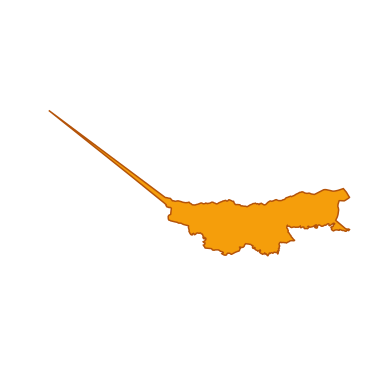 Ndia, Central, Kenya, rotated 288°
{"feature_id": "3690345B479778676508", "entity_name": "Ndia", "entity_type": "district", "adm_level": 2, "iso_a3": "KEN", "parent_name": "Kenya", "parent_adm1": "Central", "projection": "orthographic", "projection_center": [37.226, -0.467], "detail": "fine", "context": "isolated", "style": "filled", "palette": "amber", "viewbox_px": 384, "rotation_deg": 288, "n_neighbors": 0, "source": "geoboundaries", "source_scale": "gbopen_adm2", "svg_char_len": 6170}
<svg xmlns="http://www.w3.org/2000/svg" viewBox="0 0 384 384"><g transform="rotate(288 192 192)"><path d="M235.7,343.4L236.0,342.9L239.5,338.9L242.0,334.9L238.7,330.4L237.0,327.5L236.3,325.7L236.1,322.8L235.7,318.9L235.3,317.5L234.8,316.5L227.5,309.2L227.5,308.8L227.3,308.3L227.3,307.9L227.0,306.1L227.2,304.3L227.0,303.4L226.2,301.8L226.1,301.2L225.9,299.3L226.3,298.2L226.2,297.7L226.3,297.1L225.9,296.1L225.4,295.7L225.3,295.3L225.0,295.0L224.9,294.5L223.5,293.3L222.3,291.9L220.1,290.1L219.6,289.4L218.4,288.2L218.5,287.2L217.5,285.8L216.2,284.3L215.7,283.4L215.0,283.0L213.9,282.5L213.3,282.0L212.8,281.0L211.9,280.2L211.6,279.8L211.1,278.7L210.5,276.8L210.7,274.9L210.7,274.4L210.0,273.4L209.1,272.5L207.8,270.8L207.7,269.3L207.4,268.8L205.5,267.3L202.9,266.0L202.2,265.1L202.0,264.6L202.7,261.3L202.2,260.8L202.0,260.2L201.1,260.0L200.7,259.6L200.8,259.1L201.2,258.6L201.2,258.0L200.6,257.1L201.0,255.8L200.3,254.8L199.9,253.7L198.6,252.5L197.7,251.3L195.2,249.2L195.0,248.8L195.0,247.3L194.5,245.8L194.3,243.8L194.0,243.3L194.0,242.8L194.6,241.6L194.6,241.2L194.1,239.0L193.5,237.5L193.9,236.4L195.2,234.9L195.7,234.7L196.0,234.4L195.6,233.5L195.9,232.3L196.1,230.0L196.0,229.5L195.6,229.2L194.7,228.8L194.3,228.3L194.1,227.7L194.4,226.7L194.3,226.2L193.9,225.8L192.9,224.1L192.1,223.4L191.5,222.5L191.0,222.1L190.4,221.2L188.8,219.9L188.3,219.1L188.3,218.0L188.5,217.5L188.4,216.5L188.7,215.6L188.6,214.4L188.4,213.9L186.9,212.4L186.1,210.8L185.8,210.5L185.9,210.1L185.6,209.1L185.8,208.6L185.1,208.0L184.4,206.8L184.3,206.2L184.5,204.7L184.3,203.9L182.2,201.4L181.5,200.1L180.6,199.0L180.0,196.7L180.0,196.0L180.6,194.7L180.7,193.5L181.4,192.3L180.5,190.9L179.8,189.0L179.4,186.3L179.5,184.6L179.3,181.7L179.0,180.8L178.0,179.0L177.9,178.4L178.0,177.5L177.6,176.0L177.9,175.7L179.2,173.4L179.2,172.9L178.9,171.9L178.8,169.6L178.5,168.6L178.7,167.7L225.3,30.6L189.9,124.9L173.1,168.7L171.9,171.4L171.0,171.5L170.9,172.0L170.2,172.6L170.1,173.0L170.3,173.8L170.1,174.2L170.1,174.7L170.4,175.4L170.3,175.8L170.6,176.3L170.1,177.4L164.2,178.6L163.8,178.3L162.7,177.2L161.5,176.9L160.3,177.3L158.9,177.9L158.1,178.8L158.2,179.7L158.0,180.6L158.1,181.7L158.3,184.7L158.6,187.3L158.3,188.5L158.3,188.9L158.8,190.6L158.9,191.5L158.6,193.0L158.5,194.1L158.8,199.0L158.5,199.3L157.0,199.6L154.7,201.2L153.8,201.2L152.4,202.5L151.3,203.8L151.1,204.5L151.1,205.0L151.3,205.5L151.8,205.5L152.3,205.3L153.1,206.3L152.8,206.8L152.2,207.2L152.2,207.6L152.9,208.5L154.0,208.8L154.7,209.7L154.8,210.6L155.0,211.6L155.7,212.7L155.1,213.9L155.1,214.9L153.8,216.0L153.0,216.4L151.9,216.6L151.3,217.5L151.2,218.0L151.4,218.3L152.0,218.0L152.6,217.9L152.4,219.2L152.0,219.6L151.5,219.8L150.7,219.8L150.1,219.5L149.2,219.1L148.1,218.0L147.8,218.4L147.7,218.9L147.5,219.3L147.5,220.2L146.4,220.3L145.3,219.7L145.0,219.2L144.7,219.4L143.6,221.1L143.1,221.4L142.8,221.9L144.1,227.8L144.0,228.3L143.3,229.2L143.2,229.7L143.4,230.6L143.5,231.1L144.2,232.2L145.0,234.6L145.1,235.1L144.8,236.6L144.4,237.2L144.5,239.3L144.2,240.4L143.8,240.5L142.6,239.4L142.4,239.8L142.0,242.1L142.2,243.2L142.7,244.1L143.0,244.3L143.6,244.3L144.7,244.7L145.1,245.7L145.4,246.9L144.9,248.4L145.1,249.0L147.9,251.7L149.4,253.5L150.4,254.9L150.8,255.1L151.4,255.2L152.6,255.1L153.3,255.5L153.6,255.2L153.8,254.6L154.2,254.3L154.5,254.6L154.6,256.4L154.8,256.9L155.4,257.8L156.6,258.4L157.9,258.4L159.2,258.9L159.5,259.1L159.5,259.5L159.7,260.8L159.9,261.2L160.1,263.1L160.3,264.1L159.8,265.2L159.8,266.2L159.5,266.7L158.8,266.4L158.2,266.5L157.4,267.2L157.3,267.6L157.4,268.1L158.3,268.4L158.6,268.8L158.3,269.2L157.2,269.5L156.9,269.7L156.6,270.8L156.5,272.3L156.1,272.9L157.6,274.3L157.9,274.8L157.5,275.2L156.9,275.3L156.0,274.8L155.6,274.9L154.9,276.5L154.9,277.6L154.6,278.0L154.6,278.4L155.7,279.8L156.4,280.0L156.2,280.5L155.7,280.8L156.2,281.1L156.2,281.5L155.8,281.8L154.8,283.5L155.1,284.0L156.1,283.9L157.0,284.5L157.6,284.4L157.9,284.7L157.8,285.4L158.6,286.0L158.9,286.4L158.9,286.9L158.7,287.5L158.9,288.0L160.1,288.7L160.6,292.0L160.0,292.3L159.7,292.7L160.0,292.9L160.5,292.8L160.8,292.4L161.2,292.7L161.7,292.7L162.0,292.3L162.0,291.7L162.4,291.7L163.1,292.8L163.8,292.7L164.6,291.8L165.1,292.0L165.6,292.4L166.1,292.0L166.8,291.9L167.3,292.1L168.2,291.8L168.5,291.3L169.2,290.9L169.8,290.9L170.9,291.1L171.5,291.6L171.7,292.1L171.5,292.7L172.2,294.3L172.4,295.5L172.7,296.6L172.7,297.6L173.8,298.5L174.9,299.7L175.8,300.3L176.5,301.7L177.1,303.9L177.4,304.3L177.8,304.4L178.2,303.3L179.7,301.1L179.9,300.6L180.2,300.1L181.0,299.6L181.7,298.4L183.1,296.8L183.4,296.0L183.6,295.7L185.0,295.5L185.4,295.0L186.3,294.5L186.9,293.5L187.2,293.2L188.5,292.9L189.0,292.8L189.6,293.0L189.0,293.6L189.4,294.5L189.5,295.6L189.0,296.4L189.0,297.8L190.3,299.7L190.5,301.7L191.0,302.6L191.3,303.9L192.0,304.7L192.5,305.0L193.0,305.5L192.1,305.9L191.8,306.2L191.7,306.7L192.7,307.7L193.1,308.7L193.1,309.3L192.3,309.8L192.0,310.2L192.0,310.7L192.6,311.9L192.7,312.9L192.9,313.3L193.7,313.7L194.4,313.7L194.9,313.4L195.1,312.9L195.4,313.2L195.3,314.1L195.0,314.4L194.9,314.9L195.4,315.9L196.6,317.9L198.7,319.6L199.1,320.2L197.9,320.7L197.5,320.4L197.2,319.8L196.7,319.5L196.2,319.9L196.1,320.4L196.1,321.2L196.2,321.6L196.6,322.1L197.1,322.2L198.8,321.9L199.3,322.1L199.7,322.6L200.0,323.4L199.9,324.1L199.5,325.4L199.5,325.9L199.7,326.5L200.2,327.3L201.1,328.0L201.5,328.4L201.6,329.1L201.9,329.6L203.5,330.7L203.8,331.1L204.0,331.6L203.8,332.2L202.6,332.6L202.5,333.2L202.7,333.6L204.3,334.9L205.7,335.8L206.2,336.7L206.2,337.1L205.9,337.5L205.3,337.3L204.5,336.8L203.9,336.7L202.9,336.8L202.5,336.4L201.9,335.4L201.3,335.1L201.0,335.4L201.0,335.8L200.8,336.1L199.8,336.1L199.3,336.5L198.9,337.6L198.7,338.4L198.9,338.8L199.8,339.6L200.1,340.0L200.8,341.6L200.9,343.2L201.2,343.9L201.8,343.9L202.0,344.4L201.9,347.1L202.3,348.1L202.1,349.2L202.1,350.1L202.3,350.7L203.5,351.2L203.7,352.9L204.9,353.4L205.2,352.6L205.1,352.1L204.7,351.3L204.5,349.5L209.2,338.0L209.5,337.4L213.2,337.9L215.8,337.8L220.3,337.0L221.9,336.2L223.2,335.2L224.4,334.9L225.4,334.7L229.0,334.6L229.3,334.9L229.5,335.3L230.6,339.5L231.4,340.3L234.7,343.0L235.7,343.4Z" fill="#f59e0b" stroke="#b45309" stroke-width="1.5"/></g></svg>